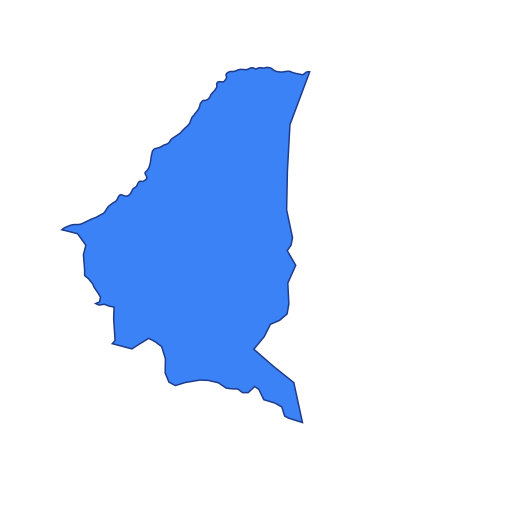 the district of Zangba, Basse-Kotto, Central African Republic, rotated 137°
{"feature_id": "33826404B2530322918847", "entity_name": "Zangba", "entity_type": "district", "adm_level": 2, "iso_a3": "CAF", "parent_name": "Central African Republic", "parent_adm1": "Basse-Kotto", "projection": "mercator", "projection_center": [20.794, 4.708], "detail": "fine", "context": "isolated", "style": "filled", "palette": "blue", "viewbox_px": 512, "rotation_deg": 137, "n_neighbors": 0, "source": "geoboundaries", "source_scale": "gbopen_adm2", "svg_char_len": 3117}
<svg xmlns="http://www.w3.org/2000/svg" viewBox="0 0 512 512"><g transform="rotate(137 256 256)"><path d="M420.9,289.9L410.1,272.7L402.2,271.3L390.6,268.9L388.2,262.0L386.8,254.1L392.3,242.7L402.2,232.4L405.7,223.1L403.3,216.2L394.0,211.7L381.6,203.5L375.8,197.6L370.0,189.0L367.9,179.7L364.5,175.6L360.0,171.1L359.0,165.2L354.9,161.4L345.9,161.4L344.9,156.6L348.3,145.6L342.5,135.6L340.1,128.0L344.2,119.4L342.8,115.2L335.6,102.5L314.7,137.6L318.5,163.5L321.2,189.3L305.1,191.4L292.0,196.2L282.4,192.8L272.8,192.4L264.6,198.6L251.2,214.5L233.3,222.1L229.5,238.6L223.0,240.0L216.8,244.5L202.1,268.9L175.3,296.5L141.6,328.9L91.1,354.1L92.2,355.3L93.9,356.2L96.8,356.4L98.1,356.7L98.8,357.4L100.4,359.7L102.1,362.0L103.6,364.3L104.5,366.0L105.3,368.0L106.7,369.4L108.8,371.0L110.6,372.1L112.0,373.2L114.9,376.5L115.6,378.0L116.2,379.5L116.8,382.9L117.5,384.2L118.7,385.8L119.8,386.8L121.6,387.7L122.5,388.5L123.3,389.5L124.2,390.6L125.3,391.5L126.4,392.1L127.7,392.5L128.6,392.8L129.0,393.5L129.3,394.5L129.8,395.6L131.4,397.1L133.8,397.9L135.7,398.6L137.4,400.3L138.7,401.7L140.3,403.3L142.6,404.5L144.8,405.3L147.4,406.8L147.6,407.3L148.3,407.9L149.0,408.5L150.4,409.1L151.7,409.5L153.0,409.5L154.2,409.2L155.0,408.1L155.3,407.1L156.2,406.4L157.5,405.9L159.9,405.4L161.1,405.7L162.3,406.7L163.7,408.3L164.7,409.1L166.0,409.3L167.3,408.8L168.1,407.9L168.9,406.6L170.6,405.9L173.8,405.2L176.5,405.1L178.7,404.8L180.8,403.9L182.5,403.5L184.4,403.4L186.2,403.9L187.3,404.6L188.1,405.5L189.3,405.9L190.9,405.8L192.6,405.5L193.6,405.0L194.7,404.1L195.9,403.5L198.0,402.6L200.4,402.1L204.1,401.7L205.1,401.3L205.9,401.1L206.6,401.3L207.6,401.2L208.5,401.0L209.9,400.3L211.8,399.5L213.5,398.5L215.5,398.0L218.4,397.9L220.3,398.0L224.6,397.9L226.4,397.6L228.7,397.7L231.7,398.2L237.9,399.2L239.6,399.0L240.7,398.6L242.0,398.3L243.4,398.3L244.9,398.7L246.9,399.6L248.5,400.2L249.3,400.3L250.5,400.5L251.8,400.9L252.9,401.4L254.9,402.4L256.6,403.4L258.2,403.7L260.4,403.2L263.1,401.4L264.8,400.2L268.1,397.5L269.5,396.4L271.5,395.1L273.9,393.7L276.2,393.0L277.8,392.8L279.4,392.8L280.5,392.5L281.1,391.5L281.6,389.6L282.3,387.9L283.3,387.0L284.4,387.0L286.3,387.2L287.4,387.5L288.4,388.1L289.1,389.1L290.1,389.9L291.2,390.0L292.7,389.7L294.7,388.9L296.0,388.5L296.5,388.5L297.7,388.6L299.4,389.0L300.7,388.9L304.7,387.4L307.2,387.1L309.0,387.6L310.3,388.5L311.4,389.9L312.0,391.4L312.8,392.9L314.3,393.5L315.9,393.3L317.8,392.5L319.9,391.8L321.7,391.7L324.4,392.4L329.6,392.9L331.6,392.7L335.9,391.5L338.4,391.2L340.1,391.7L342.3,392.3L344.4,392.8L346.4,393.3L348.0,393.9L350.2,394.8L351.5,395.4L352.5,395.6L353.7,396.0L354.9,396.4L356.1,396.7L357.5,397.2L358.9,397.6L360.2,398.0L361.6,398.5L363.2,399.3L365.2,400.8L365.6,401.2L367.3,402.8L368.9,404.0L370.9,405.1L373.1,405.9L374.1,406.3L375.6,406.9L377.1,407.3L378.3,407.5L380.1,407.6L371.3,394.0L373.1,379.9L381.3,374.7L390.6,363.0L394.7,358.5L394.0,354.0L394.4,347.1L395.7,343.7L396.8,336.8L397.8,332.0L401.6,329.2L405.7,330.6L404.3,327.2L399.8,324.1L397.8,319.9L394.7,315.4L402.9,307.2L416.7,290.3L420.9,289.9Z" fill="#3b82f6" stroke="#1e3a8a" stroke-width="1.5"/></g></svg>